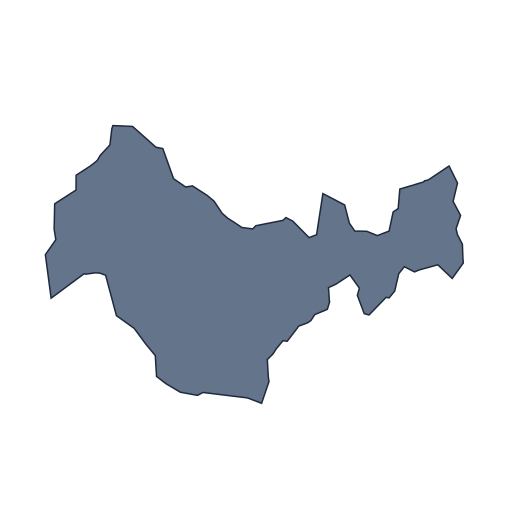 the district of Uyo, Akwa Ibom, Nigeria, rotated 173°
{"feature_id": "59680162B78634023582239", "entity_name": "Uyo", "entity_type": "district", "adm_level": 2, "iso_a3": "NGA", "parent_name": "Nigeria", "parent_adm1": "Akwa Ibom", "projection": "natural_earth1", "projection_center": [7.919, 5.014], "detail": "fine", "context": "isolated", "style": "filled", "palette": "slate", "viewbox_px": 512, "rotation_deg": 173, "n_neighbors": 0, "source": "geoboundaries", "source_scale": "gbopen_adm2", "svg_char_len": 1485}
<svg xmlns="http://www.w3.org/2000/svg" viewBox="0 0 512 512"><g transform="rotate(173 256 256)"><path d="M53.4,321.8L75.8,310.5L77.3,310.3L79.6,310.1L80.1,309.6L80.5,309.1L105.1,304.9L109.1,285.8L114.4,283.1L114.5,283.0L120.9,264.5L133.1,261.5L143.0,267.0L150.8,268.2L154.8,268.6L159.3,277.1L161.8,295.9L182.0,309.8L193.3,269.7L201.1,267.8L215.2,286.1L221.6,290.5L224.9,288.1L252.5,286.1L255.9,283.3L266.5,286.0L273.7,292.2L279.4,296.9L284.4,302.5L290.9,315.5L297.2,322.2L310.5,333.3L317.5,333.1L328.4,342.8L335.4,374.0L342.1,376.2L362.7,399.6L366.5,400.3L382.2,402.9L383.6,399.8L387.5,384.0L398.2,375.0L402.1,370.0L409.3,365.6L424.7,358.1L426.6,343.4L449.4,332.4L449.6,331.4L453.1,307.2L452.7,296.6L464.9,283.0L464.5,239.1L428.7,259.4L427.1,258.7L417.9,258.9L413.2,258.1L407.6,255.2L401.8,213.8L385.7,199.0L376.4,182.5L368.1,169.4L369.4,148.6L360.8,140.1L347.7,130.0L331.0,124.8L325.3,127.0L281.8,116.2L268.4,109.1L258.4,129.8L258.5,134.4L257.4,151.8L251.2,156.6L247.3,161.3L239.6,168.6L235.4,167.6L234.8,168.2L224.0,179.2L222.4,181.1L212.6,183.5L209.3,185.3L204.8,190.7L193.3,193.9L191.7,194.4L188.5,201.5L188.6,201.8L188.6,203.2L187.9,215.8L180.1,218.3L165.1,225.7L157.3,211.5L160.2,204.6L155.6,185.6L151.0,183.7L131.9,199.1L129.0,198.2L122.6,204.3L116.5,221.0L110.1,227.3L100.6,220.9L95.5,222.3L76.6,225.1L64.0,209.8L51.1,223.8L50.9,228.5L49.7,242.5L53.4,252.5L54.1,258.7L48.0,271.3L53.7,286.2L47.1,303.8L53.4,321.8Z" fill="#64748b" stroke="#1e293b" stroke-width="1.5"/></g></svg>